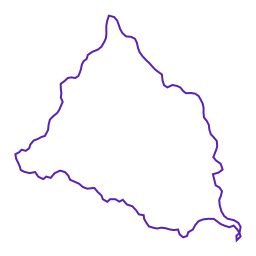 the district of Presidente Kubitschek, Minas Gerais, Brazil
{"feature_id": "56859067B74501979707215", "entity_name": "Presidente Kubitschek", "entity_type": "district", "adm_level": 2, "iso_a3": "BRA", "parent_name": "Brazil", "parent_adm1": "Minas Gerais", "projection": "orthographic", "projection_center": [-43.574, -18.625], "detail": "fine", "context": "isolated", "style": "outline", "palette": "violet", "viewbox_px": 256, "rotation_deg": 0, "n_neighbors": 0, "source": "geoboundaries", "source_scale": "gbopen_adm2", "svg_char_len": 2091}
<svg xmlns="http://www.w3.org/2000/svg" viewBox="0 0 256 256"><path d="M239.5,232.8L240.6,226.9L238.4,222.9L234.2,220.3L227.5,218.7L224.1,216.0L221.4,211.3L219.7,205.1L219.2,200.0L220.7,196.5L222.0,191.3L219.4,187.4L215.7,185.4L214.2,179.2L212.9,174.2L218.3,172.7L222.6,169.6L220.7,163.9L215.9,160.4L213.3,157.1L214.7,153.6L216.2,149.9L217.2,146.4L216.8,141.0L213.8,137.4L210.8,134.2L209.3,129.3L208.8,124.8L206.6,120.7L204.0,117.5L203.5,112.4L203.6,107.9L202.6,103.4L200.5,99.3L198.5,95.9L195.0,93.6L190.7,93.0L185.9,93.2L183.2,91.1L180.5,87.6L177.2,86.0L172.4,85.0L167.4,87.4L164.1,85.2L162.6,80.9L161.9,74.5L157.9,71.6L154.8,69.2L152.2,66.3L149.3,63.1L145.8,59.8L142.4,56.1L139.5,52.0L138.0,47.9L136.9,42.8L135.0,38.8L131.0,36.8L126.1,36.4L122.5,33.2L120.2,29.2L118.9,25.3L117.3,20.8L114.1,17.0L108.9,15.7L107.2,20.8L106.3,26.1L106.3,30.1L106.4,33.9L105.9,38.2L104.1,42.2L101.5,46.7L98.0,49.5L92.2,51.9L87.8,55.0L86.6,59.0L83.6,61.2L81.9,64.4L81.0,68.9L79.8,72.6L78.3,76.1L75.2,78.0L71.3,77.4L67.8,78.0L64.6,81.0L60.7,83.8L60.8,88.3L61.4,93.3L60.8,97.5L62.7,101.9L60.8,106.1L59.3,109.8L57.1,113.1L53.3,116.1L49.9,119.6L48.6,124.8L48.1,129.9L44.9,136.0L41.6,136.9L38.4,138.7L33.7,140.5L30.3,144.6L29.2,148.3L25.7,150.8L21.6,149.7L19.2,152.2L15.4,154.2L16.1,158.6L18.3,163.1L19.8,166.5L20.7,170.0L24.0,171.7L29.4,173.1L35.1,172.1L38.4,176.8L43.3,179.1L46.3,176.6L50.7,177.9L54.6,173.2L60.1,170.6L65.0,172.1L68.3,175.7L70.1,179.8L74.5,181.7L79.2,183.8L82.8,187.0L87.2,188.7L90.8,188.3L94.3,187.9L97.7,192.0L101.5,195.5L102.8,199.2L107.3,201.8L110.1,199.2L115.3,199.2L119.3,201.6L122.8,199.8L126.9,204.5L132.3,206.2L136.1,210.3L138.9,214.4L143.7,215.2L144.1,218.9L146.1,222.3L148.8,226.4L153.9,227.9L157.2,228.5L161.2,227.7L165.1,228.1L169.2,229.3L173.8,230.1L178.0,229.5L179.6,234.4L183.1,237.3L187.0,236.0L188.3,232.2L192.9,229.5L195.3,225.0L198.6,221.1L203.2,219.4L208.4,218.8L213.8,218.9L217.3,221.5L220.6,224.0L224.9,225.8L229.3,227.2L233.7,225.6L237.1,229.3L239.5,232.8ZM236.7,240.3L240.6,236.5L239.5,232.8L236.4,235.9L236.7,240.3Z" fill="none" stroke="#5b21b6" stroke-width="2"/></svg>